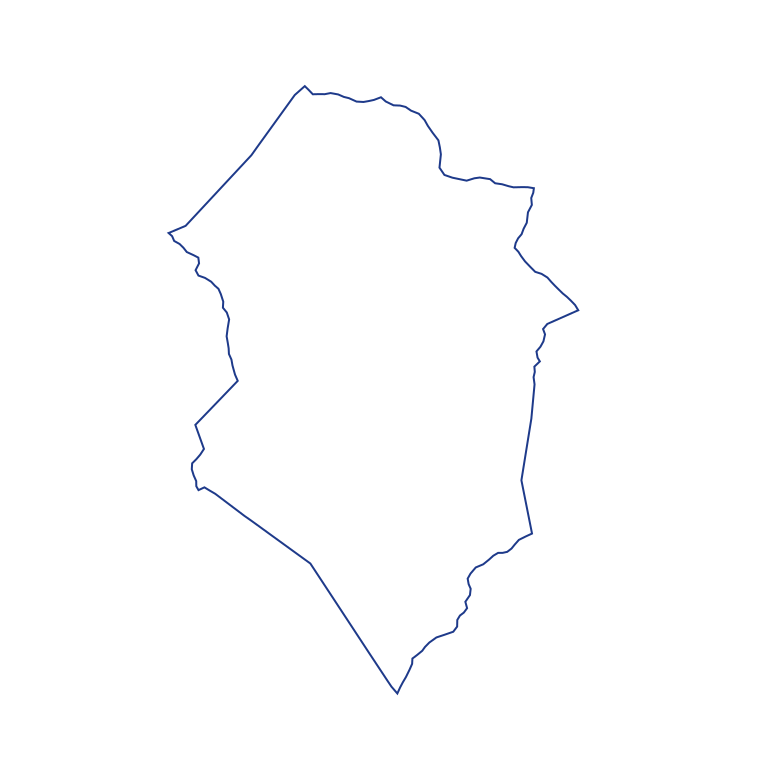 outline of Tapiramutá, Bahia, Brazil, rotated 80°
{"feature_id": "56859067B43397525607072", "entity_name": "Tapiramutá", "entity_type": "district", "adm_level": 2, "iso_a3": "BRA", "parent_name": "Brazil", "parent_adm1": "Bahia", "projection": "orthographic", "projection_center": [-40.799, -11.872], "detail": "fine", "context": "isolated", "style": "outline", "palette": "blue", "viewbox_px": 768, "rotation_deg": 80, "n_neighbors": 0, "source": "geoboundaries", "source_scale": "gbopen_adm2", "svg_char_len": 2219}
<svg xmlns="http://www.w3.org/2000/svg" viewBox="0 0 768 768"><g transform="rotate(80 384 384)"><path d="M197.9,569.9L201.6,567.0L206.7,565.8L210.6,561.0L215.1,557.8L219.8,555.3L224.1,549.1L227.3,544.9L233.1,545.2L239.2,549.8L245.0,547.9L248.4,541.9L253.3,536.4L257.8,533.5L261.5,530.5L267.1,529.1L275.0,528.0L280.9,529.4L286.3,526.4L293.5,525.3L302.0,528.3L309.7,530.7L316.3,530.7L321.9,530.8L327.5,531.5L333.5,530.0L339.4,530.0L348.8,529.1L355.5,527.5L383.0,565.2L391.5,576.9L416.7,572.6L421.6,577.2L425.4,581.8L428.8,586.7L434.6,588.1L441.0,587.3L447.0,585.8L452.1,586.6L456.3,585.1L454.6,578.8L458.9,573.9L462.8,569.3L489.7,544.3L495.5,538.5L548.0,487.7L613.7,459.4L646.0,445.5L677.1,432.0L683.4,429.2L691.1,424.6L685.6,420.8L681.1,417.3L676.3,413.2L670.0,408.6L664.5,404.9L659.3,403.7L656.7,398.6L653.4,392.7L650.1,389.3L646.5,384.3L642.7,376.4L641.5,368.2L640.0,358.8L635.6,354.1L629.1,352.8L625.2,349.4L623.0,345.1L619.2,341.1L612.6,341.7L606.8,336.0L600.7,334.2L595.8,335.4L590.2,335.4L585.7,331.7L580.6,325.5L578.8,317.6L575.2,311.1L572.1,306.2L570.1,300.9L570.9,296.5L570.7,291.8L568.2,287.0L564.8,283.1L560.9,278.2L558.7,270.7L557.0,264.2L502.7,265.4L443.7,244.9L410.5,235.8L403.2,235.5L398.3,233.4L393.0,232.9L388.8,226.6L384.7,228.2L378.4,228.2L374.5,223.5L369.7,219.6L363.1,216.8L357.5,217.8L353.2,212.7L345.1,179.9L339.4,182.1L334.5,185.4L330.1,188.6L325.8,192.3L321.9,195.1L317.1,198.5L312.6,201.5L307.5,204.6L302.9,209.7L299.8,215.6L294.5,219.3L287.8,223.8L281.8,226.8L277.1,228.7L272.6,231.7L268.0,229.8L263.8,226.6L260.4,222.5L255.3,219.5L250.0,215.4L239.9,212.4L233.3,207.3L226.4,206.7L221.6,203.8L217.2,202.4L215.1,208.4L213.9,215.1L212.8,222.3L210.9,226.8L207.8,233.0L205.6,239.7L200.7,243.9L197.3,253.8L197.1,259.3L198.1,267.3L192.7,280.8L188.6,288.2L180.6,291.8L167.7,288.1L160.7,287.9L153.5,288.1L145.0,292.5L137.4,296.0L131.1,298.2L123.9,302.8L119.5,309.9L114.9,314.6L112.6,319.8L111.2,326.2L106.1,333.2L101.1,337.2L102.5,344.6L102.7,349.8L102.7,355.2L101.1,362.0L96.4,368.9L94.3,373.7L90.9,378.8L88.2,386.1L88.3,392.0L87.2,397.9L86.3,403.8L80.9,407.4L76.9,410.3L83.9,421.7L124.6,463.6L128.8,467.9L135.6,474.8L193.8,551.9L197.9,569.9Z" fill="none" stroke="#1e3a8a" stroke-width="2"/></g></svg>